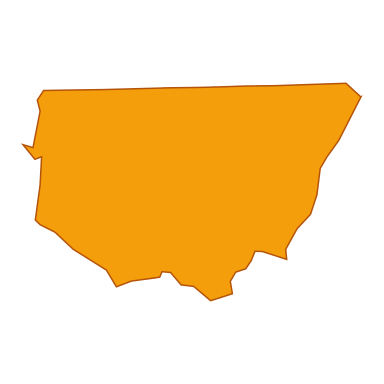 the district of Robertson, Tennessee, United States of America
{"feature_id": "52423323B41638687445391", "entity_name": "Robertson", "entity_type": "district", "adm_level": 2, "iso_a3": "USA", "parent_name": "United States of America", "parent_adm1": "Tennessee", "projection": "orthographic", "projection_center": [-86.862, 36.501], "detail": "fine", "context": "isolated", "style": "filled", "palette": "amber", "viewbox_px": 384, "rotation_deg": 0, "n_neighbors": 0, "source": "geoboundaries", "source_scale": "gbopen_adm2", "svg_char_len": 748}
<svg xmlns="http://www.w3.org/2000/svg" viewBox="0 0 384 384"><path d="M40.1,224.7L55.0,232.2L73.1,249.2L106.4,270.1L116.4,286.8L131.3,281.1L159.7,277.2L162.0,271.7L170.6,272.5L181.1,284.9L193.7,286.4L210.6,300.7L232.4,293.7L230.3,281.4L235.6,272.2L245.7,268.8L251.2,260.7L255.0,251.3L262.3,251.5L286.7,259.4L285.7,249.3L297.1,228.7L310.5,214.3L316.9,194.9L320.2,168.4L326.9,157.0L338.7,140.5L361.0,96.8L360.8,96.9L346.0,83.3L337.2,83.6L336.5,83.6L274.6,85.7L248.6,86.0L246.1,86.0L217.5,87.0L215.7,86.9L214.4,87.0L205.9,87.3L193.7,87.5L163.9,87.9L163.6,88.0L103.2,89.6L74.8,90.0L43.6,90.5L37.3,100.1L40.1,111.2L33.0,147.6L23.0,144.7L34.9,159.3L41.6,156.8L40.1,184.9L35.3,220.0L40.1,224.7Z" fill="#f59e0b" stroke="#b45309" stroke-width="1.5"/></svg>